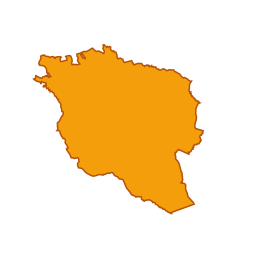 Ban Bueng, Chon Buri, Thailand, rotated 343°
{"feature_id": "78962969B10446742029293", "entity_name": "Ban Bueng", "entity_type": "district", "adm_level": 2, "iso_a3": "THA", "parent_name": "Thailand", "parent_adm1": "Chon Buri", "projection": "natural_earth1", "projection_center": [101.2, 13.24], "detail": "fine", "context": "isolated", "style": "filled", "palette": "amber", "viewbox_px": 256, "rotation_deg": 343, "n_neighbors": 0, "source": "geoboundaries", "source_scale": "gbopen_adm2", "svg_char_len": 5722}
<svg xmlns="http://www.w3.org/2000/svg" viewBox="0 0 256 256"><g transform="rotate(343 128 128)"><path d="M104.3,42.5L100.8,42.4L100.2,44.3L101.0,46.5L99.8,48.0L99.4,49.3L100.6,52.7L98.1,52.7L96.8,52.0L96.0,52.2L94.7,51.1L93.1,51.3L93.1,50.7L92.8,50.1L93.5,48.5L94.1,47.9L94.5,46.0L94.4,43.5L93.9,42.0L92.1,41.4L89.3,41.3L89.8,43.3L89.6,45.1L84.8,45.1L83.1,44.7L83.0,43.4L83.7,41.6L84.8,40.8L84.0,40.0L82.6,39.5L79.8,39.1L79.5,39.6L78.7,40.1L78.2,39.7L78.1,38.6L77.4,38.3L77.2,37.8L75.3,37.4L74.0,37.8L72.6,36.2L71.3,35.9L70.1,35.1L69.6,34.0L68.9,34.1L68.2,33.4L65.7,33.7L65.4,34.1L65.3,35.8L61.9,39.4L61.5,41.1L61.8,42.1L65.6,43.9L66.6,45.4L67.0,46.7L67.2,48.4L66.5,51.3L67.0,52.3L67.8,52.1L68.2,52.5L68.1,53.1L69.1,56.0L68.3,55.7L67.9,56.3L67.0,56.4L66.7,56.0L66.8,55.6L67.0,55.6L66.7,54.1L66.5,54.3L66.1,54.1L65.7,54.1L65.5,54.7L64.7,54.4L64.6,54.0L62.6,54.5L61.2,54.2L60.7,54.9L59.8,55.2L57.0,52.9L55.2,51.0L53.6,53.9L53.2,53.5L52.1,53.6L53.4,55.5L54.7,56.8L57.3,58.3L57.6,60.0L57.9,60.1L58.2,59.8L58.4,58.9L58.8,58.4L60.1,59.2L60.2,59.6L61.4,60.1L62.1,60.7L62.2,61.2L62.6,61.1L62.5,63.0L59.8,62.7L59.5,63.6L59.1,63.6L59.1,63.8L59.9,64.2L61.1,64.1L61.4,64.4L61.7,64.2L61.8,66.5L63.3,66.5L63.2,68.6L64.5,68.5L64.0,70.6L64.9,70.5L65.9,70.8L66.4,72.1L67.3,73.1L67.3,75.4L67.8,77.0L67.6,77.2L68.4,76.8L68.5,77.1L68.8,79.2L69.6,80.0L69.2,80.1L69.8,83.3L70.4,84.0L70.6,84.8L70.6,86.3L69.9,88.6L70.1,90.2L69.6,92.3L69.7,92.9L70.6,93.6L70.8,94.1L69.6,96.4L68.0,97.6L63.8,101.8L62.4,102.2L61.8,102.7L61.6,104.5L61.0,105.5L60.8,108.2L60.4,108.8L59.2,109.7L60.9,110.2L61.8,111.1L61.9,111.7L61.5,113.7L62.0,114.8L61.9,115.9L62.1,116.7L62.7,118.0L62.7,119.0L64.2,119.6L64.5,120.1L64.4,121.7L63.7,123.4L63.6,124.2L64.4,126.1L64.9,129.5L64.3,129.8L63.3,129.7L62.9,130.6L64.7,136.6L64.9,139.7L65.5,140.2L66.8,140.4L67.4,141.2L68.1,141.6L71.0,141.6L71.6,142.3L71.7,144.0L71.2,145.9L69.7,146.9L69.3,147.5L68.9,149.2L69.0,151.5L71.9,153.1L72.9,154.3L74.4,157.8L75.6,159.4L78.4,162.3L80.6,163.9L83.3,164.2L86.9,164.1L90.4,165.7L90.8,165.7L91.2,165.2L92.7,165.7L93.7,165.3L95.2,165.3L97.3,165.9L99.1,165.7L100.1,166.2L100.7,167.4L101.3,169.4L102.0,170.3L103.6,171.4L104.9,174.3L106.9,175.1L107.6,175.6L108.3,176.7L109.1,185.1L111.2,190.1L111.8,192.8L114.6,195.1L115.5,196.5L117.0,196.1L117.9,196.8L120.7,197.9L120.1,200.0L120.4,200.7L121.4,201.4L121.8,202.6L122.4,202.9L123.1,202.2L124.2,202.2L124.8,202.6L126.8,202.7L128.1,203.5L129.8,205.5L129.9,206.6L131.0,206.6L131.9,207.3L132.1,207.7L131.9,208.9L133.5,210.0L133.8,210.9L134.4,211.4L134.5,212.3L135.1,213.3L135.3,213.4L135.6,213.1L136.4,213.5L136.4,214.1L137.2,214.4L137.7,216.0L139.0,216.1L140.1,218.3L140.9,218.9L141.2,219.6L142.3,220.7L143.1,221.0L143.5,221.9L143.8,221.8L144.7,222.6L145.0,221.6L147.1,221.3L169.0,220.2L168.7,218.4L165.3,211.2L165.6,207.3L165.2,205.3L165.3,203.0L166.5,199.5L165.9,197.7L162.7,196.1L163.1,195.3L164.2,195.4L164.2,194.8L165.2,193.5L165.4,192.5L165.3,191.7L165.9,190.2L165.9,189.2L166.2,188.1L166.1,187.8L166.5,187.0L166.5,186.1L166.0,185.2L166.2,184.0L166.4,176.6L166.0,174.8L164.5,171.3L165.1,170.0L165.4,168.0L165.0,167.7L165.2,166.9L165.8,166.3L165.8,165.8L166.1,166.0L166.4,165.4L166.9,165.3L167.3,164.8L167.6,164.9L168.5,164.1L169.8,163.8L170.0,163.3L178.6,170.9L178.8,170.5L178.7,168.8L179.1,168.9L179.3,169.3L179.9,169.3L181.6,168.5L182.3,167.6L183.3,167.2L183.5,166.7L183.7,166.8L183.6,166.5L183.8,166.1L184.3,166.4L184.8,165.0L185.2,164.6L185.4,164.8L185.4,164.5L185.5,164.3L185.7,164.5L186.0,163.9L187.2,163.4L187.8,163.7L188.2,163.6L188.2,163.9L188.5,164.0L188.9,164.0L189.0,163.7L189.5,163.5L191.2,163.8L192.4,162.6L193.0,162.5L193.5,161.4L194.1,161.5L194.3,160.4L194.0,157.6L194.2,156.9L194.5,156.6L195.9,156.3L195.8,156.0L196.4,156.0L197.5,154.7L197.8,154.9L197.8,154.3L198.5,153.8L199.0,152.6L193.5,148.9L192.4,148.4L192.5,147.8L192.2,146.1L193.5,143.3L195.9,139.7L196.8,137.0L197.0,133.8L198.7,129.2L201.6,125.7L202.8,125.1L203.9,125.0L203.5,124.7L203.6,124.1L203.3,123.6L202.6,123.4L202.8,122.8L201.9,122.5L201.9,122.2L201.6,122.2L200.9,121.5L200.4,120.6L200.8,120.4L200.4,119.8L200.5,119.2L199.4,118.2L199.0,116.4L198.4,116.6L198.2,116.4L198.3,115.2L197.9,114.7L198.4,113.6L197.8,113.4L198.2,112.9L198.0,112.7L198.2,112.4L197.9,112.5L197.8,112.2L197.6,112.2L197.8,112.0L197.4,112.0L197.6,111.3L197.4,111.2L197.5,110.6L197.2,109.7L198.2,108.3L199.2,105.2L199.8,104.1L202.4,101.7L201.1,101.4L200.0,100.1L199.0,98.3L196.7,96.2L195.4,96.3L193.8,93.6L193.3,91.6L191.3,89.7L190.6,88.7L189.2,87.7L188.9,86.2L188.3,85.6L186.5,85.3L184.6,84.3L181.7,84.5L180.4,82.7L179.2,81.7L175.7,82.1L174.8,81.7L174.7,81.1L174.3,80.9L174.4,80.6L172.8,79.8L172.4,78.5L172.2,78.4L172.1,78.0L172.3,77.9L172.0,77.6L171.3,77.6L170.2,76.7L170.0,76.8L169.8,76.4L169.1,76.3L168.9,76.5L168.6,76.0L168.7,75.5L168.1,75.9L167.2,75.8L167.2,75.5L166.8,75.4L166.9,74.9L166.4,74.4L165.9,74.1L165.7,74.3L165.7,73.9L165.0,73.8L164.5,73.2L162.7,73.6L162.1,73.3L161.7,73.7L161.5,73.2L160.5,72.3L159.9,70.3L159.2,70.0L158.4,70.1L157.2,69.3L155.9,69.2L153.9,69.1L152.6,69.6L151.7,68.6L152.0,67.7L151.4,67.2L151.2,64.7L143.5,64.3L143.0,62.1L143.1,60.7L142.4,60.3L141.2,59.0L140.0,58.8L138.7,59.0L138.4,58.5L138.2,57.6L138.7,55.3L138.7,52.3L137.9,51.5L137.1,51.4L136.9,50.0L136.1,50.3L135.9,49.9L134.9,49.2L134.4,48.0L134.6,46.0L135.1,45.6L134.2,44.7L132.7,44.8L132.2,44.1L131.2,44.6L131.0,43.8L129.9,42.5L129.6,41.5L128.5,41.3L128.3,43.0L127.2,44.8L127.9,47.7L126.5,49.7L122.9,46.1L121.7,45.6L120.5,45.7L120.0,45.4L118.5,43.5L117.5,41.4L116.8,41.3L111.4,42.7L109.7,42.5L108.4,41.9L107.2,42.2L105.7,42.1L105.8,44.2L106.6,45.2L106.8,46.5L107.5,47.7L107.2,49.0L106.6,48.5L105.1,47.7L105.0,46.0L104.4,44.8L104.3,42.5Z" fill="#f59e0b" stroke="#b45309" stroke-width="1.5"/></g></svg>